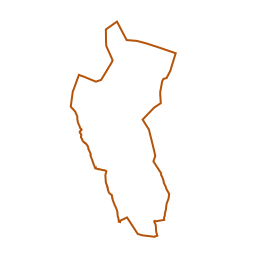 the district of Siljan nor, Telemark, Norway, rotated 19°
{"feature_id": "86288312B40873375407983", "entity_name": "Siljan nor", "entity_type": "district", "adm_level": 2, "iso_a3": "NOR", "parent_name": "Norway", "parent_adm1": "Telemark", "projection": "orthographic", "projection_center": [9.707, 59.31], "detail": "fine", "context": "isolated", "style": "outline", "palette": "amber", "viewbox_px": 256, "rotation_deg": 19, "n_neighbors": 0, "source": "geoboundaries", "source_scale": "gbopen_adm2", "svg_char_len": 4745}
<svg xmlns="http://www.w3.org/2000/svg" viewBox="0 0 256 256"><g transform="rotate(19 128 128)"><path d="M184.5,173.5L182.4,170.8L182.2,170.5L181.9,170.4L181.2,169.7L180.8,169.3L180.7,169.2L179.7,168.1L178.7,166.2L178.5,165.9L178.0,165.5L177.5,164.7L176.8,163.8L175.5,162.4L174.8,161.9L174.0,160.0L166.6,154.2L162.9,151.3L162.9,145.6L160.4,141.4L149.8,125.0L148.3,122.7L139.1,115.3L141.8,109.4L146.0,100.3L150.9,93.9L148.9,88.9L147.7,86.3L146.7,83.2L145.1,72.5L145.2,71.8L145.6,70.0L148.2,68.2L149.4,60.1L149.1,52.5L148.8,43.3L148.8,41.8L141.6,41.8L136.1,41.8L131.6,41.8L120.4,42.0L116.9,42.1L107.8,42.8L98.1,45.3L82.9,31.0L75.0,42.0L79.3,54.0L80.9,57.7L88.8,66.1L91.4,69.1L91.3,69.3L91.4,70.0L91.0,72.7L89.7,78.2L89.7,78.6L86.9,91.3L82.6,94.6L74.9,94.2L69.3,93.8L66.6,93.9L64.3,93.7L64.2,99.0L64.2,101.7L64.1,105.7L64.1,108.4L64.0,109.4L63.9,111.3L66.9,126.4L67.5,126.8L67.9,127.1L68.5,127.4L69.5,127.8L69.9,128.1L70.3,128.3L70.6,128.5L71.4,128.9L72.2,129.4L72.8,129.7L74.3,131.5L75.0,132.0L75.5,132.8L75.9,133.3L76.3,133.7L76.4,133.9L76.7,134.6L76.9,135.1L77.0,135.6L77.1,136.0L77.4,136.5L77.5,136.7L77.7,137.0L77.8,137.2L78.0,137.5L78.5,138.5L79.7,140.0L80.0,140.3L80.3,140.7L80.9,141.3L83.0,143.8L83.8,144.2L84.4,144.3L84.5,144.4L84.7,144.7L84.5,145.1L84.4,145.5L84.2,146.0L84.1,146.4L83.8,146.5L83.6,146.9L83.6,147.4L83.7,147.8L83.9,148.0L84.1,148.1L84.3,148.2L84.7,148.6L84.9,148.7L85.2,148.9L85.4,149.1L85.7,149.1L86.0,149.6L86.2,150.0L86.3,150.4L86.2,150.5L86.2,151.0L86.6,151.9L86.8,152.3L87.2,152.7L87.6,153.0L87.8,153.2L88.2,153.4L88.2,153.6L88.5,153.8L88.7,154.2L89.2,154.8L89.4,154.9L90.6,155.7L91.4,155.8L91.5,155.9L91.8,155.8L92.0,155.9L92.2,156.0L92.4,156.2L92.4,156.3L92.5,156.3L92.8,156.4L93.0,156.5L93.4,156.5L93.5,156.6L93.7,156.8L93.9,156.9L94.2,157.0L94.5,157.2L94.6,157.3L94.8,157.4L94.9,157.5L95.1,157.6L95.3,157.7L95.6,158.0L95.7,158.3L95.8,158.3L95.9,158.5L96.0,158.6L96.2,158.8L96.3,158.9L96.4,159.0L96.6,159.1L96.7,159.3L96.8,159.4L96.8,159.5L96.9,159.8L97.0,159.9L97.1,160.0L97.2,160.3L97.3,160.5L97.4,160.8L97.5,161.0L97.8,161.2L97.9,161.3L98.1,161.4L98.2,161.5L98.3,161.7L98.4,161.8L98.5,161.9L98.6,162.0L98.8,162.2L99.1,162.5L99.4,162.8L99.6,163.0L99.8,163.2L99.9,163.3L100.0,163.4L100.1,163.5L100.3,163.7L100.4,163.8L100.5,164.0L100.7,164.3L100.8,164.4L101.0,164.6L101.3,164.9L101.4,165.0L101.3,165.3L101.3,165.5L101.3,165.8L101.6,166.3L105.7,171.4L106.2,172.0L106.3,172.1L106.5,172.4L106.8,172.8L107.2,173.4L109.0,175.3L109.2,175.6L109.3,175.8L109.5,175.8L109.7,176.1L109.8,176.1L109.8,176.3L110.0,176.5L110.1,176.4L110.1,176.5L110.4,176.5L110.5,176.7L110.9,176.5L111.0,176.5L111.5,176.7L111.8,176.7L112.0,176.7L112.6,176.5L112.9,176.5L113.0,176.5L113.5,176.4L113.6,176.5L113.7,176.4L114.1,176.4L114.4,176.4L114.5,176.3L114.6,176.2L114.8,176.2L115.0,176.2L115.3,176.2L115.5,176.2L117.4,176.1L118.9,175.8L119.1,175.7L119.3,175.6L119.6,175.7L120.3,175.7L120.8,175.6L121.2,175.7L121.5,176.0L121.7,176.3L121.9,179.7L122.5,181.3L124.9,186.9L125.5,187.6L126.4,188.6L126.7,189.0L126.8,189.2L126.8,189.4L127.0,189.7L127.1,189.8L127.2,190.0L127.3,190.1L127.4,190.3L127.5,190.3L127.6,190.5L128.0,190.7L128.0,190.8L128.0,191.0L128.3,191.2L128.3,191.3L128.4,191.5L128.5,191.8L128.6,192.0L128.8,192.2L128.8,192.4L128.9,192.6L129.1,192.7L129.2,193.0L129.5,193.4L130.9,195.2L131.1,195.4L131.8,195.7L132.2,196.0L133.0,196.3L133.4,196.3L134.6,196.7L134.8,197.3L134.9,197.5L135.1,197.8L135.3,198.0L135.7,199.2L136.2,199.4L136.7,200.6L137.5,201.6L138.0,202.2L139.3,203.8L139.5,204.0L139.8,204.3L140.0,204.6L140.3,204.9L140.4,205.2L140.7,205.4L141.0,205.6L143.3,208.1L143.6,208.5L144.2,209.3L145.2,210.6L145.5,211.4L145.8,212.2L146.7,214.0L146.9,214.6L148.4,216.6L148.7,217.2L149.1,218.0L149.7,219.3L150.2,218.8L150.4,219.1L150.5,219.4L150.5,219.5L151.2,219.5L151.2,219.3L151.0,219.0L150.9,218.6L150.7,218.3L156.2,212.9L171.7,225.0L176.5,224.8L188.6,222.2L188.8,221.9L188.9,221.7L189.1,221.5L189.2,221.4L189.4,221.3L189.5,221.2L190.8,220.3L189.4,218.3L189.3,218.2L189.1,217.9L188.2,216.5L187.9,215.8L187.5,214.8L186.7,212.8L186.6,212.6L186.4,212.1L185.9,210.9L185.5,210.4L184.3,209.1L183.9,208.7L183.4,208.0L183.2,207.7L183.2,207.4L183.4,207.2L183.5,207.1L184.5,207.2L185.4,206.8L186.5,206.2L187.1,205.8L188.0,205.3L188.8,204.9L189.2,204.7L192.1,203.1L191.9,202.6L191.7,202.1L191.5,201.7L191.3,201.0L191.2,200.6L191.3,199.8L191.4,199.3L191.4,199.0L191.1,198.2L191.0,197.8L190.9,197.3L190.7,196.9L190.6,196.4L190.6,196.0L190.4,192.4L190.1,191.4L190.0,191.1L189.9,190.7L189.8,190.2L189.6,189.1L189.3,187.8L189.2,187.4L189.2,186.2L189.2,185.2L189.3,182.8L189.3,181.9L189.3,181.6L189.1,180.4L189.0,180.0L189.0,179.7L188.7,178.7L188.4,176.9L185.4,174.3L185.0,174.0L184.5,173.5Z" fill="none" stroke="#b45309" stroke-width="2"/></g></svg>